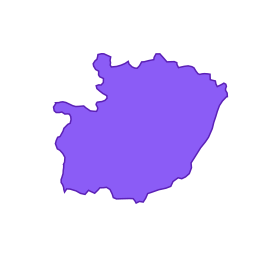 Astravyets, Grodno, Belarus, rotated 209°
{"feature_id": "67162791B54270193950847", "entity_name": "Astravyets", "entity_type": "district", "adm_level": 2, "iso_a3": "BLR", "parent_name": "Belarus", "parent_adm1": "Grodno", "projection": "mercator", "projection_center": [26.135, 54.766], "detail": "fine", "context": "isolated", "style": "filled", "palette": "violet", "viewbox_px": 256, "rotation_deg": 209, "n_neighbors": 0, "source": "geoboundaries", "source_scale": "gbopen_adm2", "svg_char_len": 2285}
<svg xmlns="http://www.w3.org/2000/svg" viewBox="0 0 256 256"><g transform="rotate(209 128 128)"><path d="M203.7,114.9L203.0,114.3L203.3,110.2L200.9,107.3L198.3,106.7L195.6,108.2L193.6,109.9L190.0,109.6L187.7,111.1L185.9,111.7L183.6,110.2L181.8,107.6L180.9,104.1L182.4,102.0L183.9,96.7L183.3,93.8L183.3,90.5L183.3,87.6L185.0,85.8L184.7,82.3L183.9,79.1L179.7,75.5L176.8,75.5L172.7,74.1L168.9,71.7L166.9,67.3L166.8,64.9L166.5,64.9L165.0,62.0L164.1,59.6L162.7,56.7L161.8,52.6L161.5,50.5L160.0,47.9L157.7,46.7L155.6,44.9L154.4,43.2L152.4,41.2L152.1,45.0L149.1,46.5L143.0,47.8L137.8,47.8L133.4,49.1L132.3,54.4L130.2,54.4L125.5,54.8L124.2,59.1L123.6,62.1L120.6,63.8L118.0,65.7L113.9,65.5L109.7,62.5L107.1,60.0L103.7,60.4L99.2,63.1L92.6,67.0L89.2,68.7L86.6,67.6L84.5,66.3L82.4,69.3L78.8,70.6L78.5,75.1L79.0,80.2L76.6,82.8L71.1,89.0L65.7,93.7L62.3,97.7L62.7,103.0L60.0,108.8L56.4,109.7L54.0,113.1L52.3,117.8L53.2,124.0L55.9,128.0L55.5,134.6L54.9,145.9L53.6,153.4L53.1,158.9L54.0,168.3L55.7,174.5L56.8,180.5L58.0,186.0L58.9,192.0L58.5,197.4L57.0,203.1L56.3,203.6L58.2,206.6L61.0,208.3L61.8,209.9L62.1,212.1L63.7,213.7L65.9,213.7L67.3,211.3L70.0,207.5L72.4,209.1L74.4,211.5L77.9,210.5L79.5,210.2L81.2,212.9L82.3,214.8L84.5,214.0L87.5,212.6L89.4,211.3L91.3,209.6L93.2,209.4L96.2,210.7L99.5,212.6L101.9,212.6L105.5,211.5L108.8,209.1L113.1,205.3L115.9,207.2L117.0,208.8L119.7,208.5L122.4,206.9L126.0,204.7L131.2,206.6L136.1,208.3L136.2,208.2L139.4,206.4L139.4,202.5L138.6,200.3L142.4,197.1L145.9,193.8L148.1,192.4L148.1,188.1L148.9,184.8L151.1,183.7L154.1,183.4L158.2,184.5L160.1,186.4L161.8,183.1L164.5,179.6L167.8,176.3L172.2,173.3L174.1,174.4L174.9,176.6L176.5,178.5L177.6,181.8L181.2,181.5L185.0,181.2L187.2,180.1L189.9,177.7L189.1,175.5L188.5,173.0L189.4,170.8L189.6,167.3L188.0,165.4L184.7,163.5L181.2,163.5L179.5,160.2L177.6,159.1L173.5,159.4L171.6,155.8L172.4,152.5L174.6,151.5L176.3,149.5L174.3,147.4L170.6,146.6L166.7,146.0L162.2,146.0L160.8,143.9L161.5,141.0L163.6,138.5L165.3,137.3L167.4,135.7L167.6,134.3L167.2,132.9L165.5,131.9L164.1,130.8L163.6,129.1L163.6,127.3L166.4,125.9L169.3,124.7L174.6,125.2L177.4,125.8L181.6,123.0L184.2,121.4L187.2,120.7L190.5,120.5L194.7,120.2L197.7,119.3L199.4,118.1L200.8,116.7L203.7,114.9Z" fill="#8b5cf6" stroke="#5b21b6" stroke-width="1.5"/></g></svg>